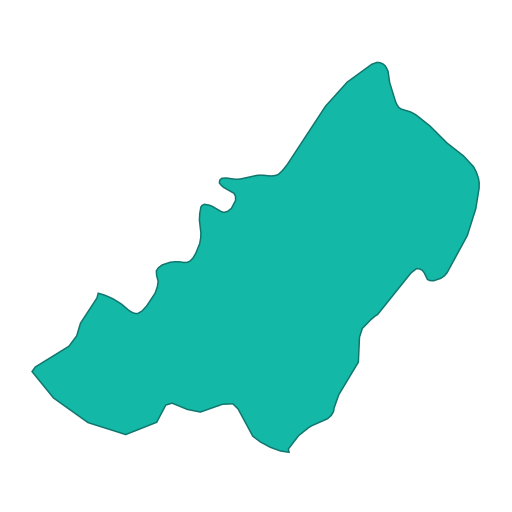 the Province of Massa-Carrara, rotated 91°
{"feature_id": "ITA-5382", "entity_name": "Massa-Carrara", "entity_type": "Province", "adm_level": 1, "iso_a3": "ITA", "parent_name": "Italy", "parent_adm1": "", "projection": "natural_earth1", "projection_center": [9.975, 44.229], "detail": "fine", "context": "isolated", "style": "filled", "palette": "teal", "viewbox_px": 512, "rotation_deg": 91, "n_neighbors": 0, "source": "natural_earth", "source_scale": "10m", "svg_char_len": 1819}
<svg xmlns="http://www.w3.org/2000/svg" viewBox="0 0 512 512"><g transform="rotate(91 256 256)"><path d="M375.5,477.9L370.8,474.7L349.5,441.5L339.0,433.9L326.2,430.3L300.8,414.3L296.0,413.1L296.1,412.9L296.3,411.8L297.5,407.5L299.3,402.8L301.4,398.1L306.4,389.7L312.5,382.3L314.1,379.7L315.4,376.8L315.7,373.5L313.1,369.1L307.8,364.4L294.9,356.2L288.1,354.0L282.9,353.4L277.3,355.0L272.6,355.4L269.4,353.3L266.5,349.6L263.7,341.5L263.1,336.3L263.2,331.8L263.7,328.4L263.6,324.9L262.4,322.1L259.3,319.1L254.4,316.3L244.6,312.5L238.8,311.6L233.9,311.5L221.2,313.2L214.5,313.0L207.8,311.9L206.3,310.7L205.2,308.5L205.9,303.9L207.1,300.6L212.0,292.0L213.0,288.9L211.8,285.0L208.8,281.4L200.8,277.4L196.8,277.5L193.8,279.0L187.8,289.9L185.8,292.1L183.6,293.9L180.8,293.6L178.9,291.5L178.5,287.0L179.5,279.5L179.6,276.0L179.2,272.6L175.3,256.2L175.1,252.6L175.2,249.0L175.6,245.2L175.7,241.6L175.2,238.2L174.2,235.3L170.4,231.3L164.4,226.6L105.0,189.1L80.5,167.8L62.2,143.5L60.3,138.3L60.5,135.6L61.6,132.7L63.4,130.3L66.1,128.6L69.0,127.2L80.2,125.4L99.4,119.1L102.3,117.7L104.8,116.0L106.5,113.5L109.3,103.9L110.7,101.0L112.2,98.4L123.1,84.2L139.7,67.0L152.3,50.3L163.0,40.0L168.4,37.1L174.6,34.9L179.0,34.1L184.1,34.1L205.0,37.1L231.9,45.1L269.3,64.6L272.4,67.1L275.1,70.8L277.7,78.1L277.5,81.9L276.4,84.2L269.7,87.6L267.3,89.6L266.0,92.4L265.9,95.4L270.3,100.8L312.4,133.4L314.0,135.9L317.9,140.3L326.5,148.4L335.3,151.1L360.4,151.8L370.0,157.4L393.2,170.8L406.4,175.2L410.2,175.8L414.0,177.9L417.4,181.5L424.6,197.0L426.6,200.3L434.7,210.1L448.3,220.2L451.7,219.6L450.5,228.2L447.0,238.4L441.9,248.3L436.2,256.1L409.3,271.2L404.2,276.6L404.8,286.9L413.0,308.9L410.6,322.0L404.6,337.3L406.6,343.6L424.0,352.4L436.8,383.2L425.5,421.1L401.5,456.0L375.5,477.9Z" fill="#14b8a6" stroke="#0f766e" stroke-width="1.5"/></g></svg>